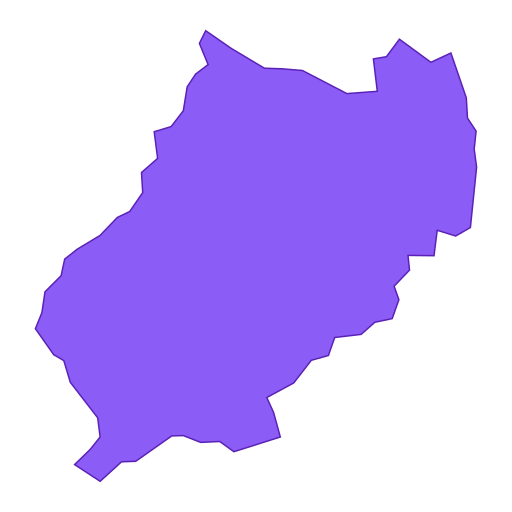 outline of Lajeado do Bugre, Rio Grande do Sul, Brazil
{"feature_id": "56859067B18581397233195", "entity_name": "Lajeado do Bugre", "entity_type": "district", "adm_level": 2, "iso_a3": "BRA", "parent_name": "Brazil", "parent_adm1": "Rio Grande do Sul", "projection": "robinson", "projection_center": [-53.208, -27.705], "detail": "fine", "context": "isolated", "style": "filled", "palette": "violet", "viewbox_px": 512, "rotation_deg": 0, "n_neighbors": 0, "source": "geoboundaries", "source_scale": "gbopen_adm2", "svg_char_len": 942}
<svg xmlns="http://www.w3.org/2000/svg" viewBox="0 0 512 512"><path d="M53.7,354.7L63.8,360.6L70.3,382.3L97.7,417.8L100.1,437.0L90.2,449.4L74.6,464.6L100.1,481.3L121.5,461.8L135.7,461.3L171.8,435.9L183.3,435.6L200.7,442.4L219.7,441.5L233.9,451.7L280.3,437.0L273.6,412.5L266.8,397.5L293.8,382.9L311.3,360.3L328.4,355.5L334.7,337.5L361.1,334.4L374.8,322.3L392.2,318.6L398.9,299.7L394.1,286.2L409.5,270.1L408.0,255.4L434.0,255.7L437.2,230.3L455.7,236.0L470.4,227.5L476.6,167.2L474.2,149.1L476.1,131.1L467.5,118.1L466.3,97.8L450.9,53.0L430.9,62.3L399.4,39.2L386.4,56.7L373.4,58.9L377.3,91.3L346.9,93.6L302.4,70.5L282.2,68.8L264.4,68.2L231.4,48.5L205.7,30.7L199.4,43.4L208.1,64.6L195.6,74.1L187.2,86.8L183.3,110.8L171.1,126.6L154.2,131.7L157.6,158.4L141.5,172.5L142.7,192.6L129.7,211.5L117.4,217.4L100.1,235.4L77.2,249.2L64.7,259.1L61.1,275.7L45.0,291.8L41.9,312.7L35.4,328.7L53.7,354.7Z" fill="#8b5cf6" stroke="#5b21b6" stroke-width="1.5"/></svg>